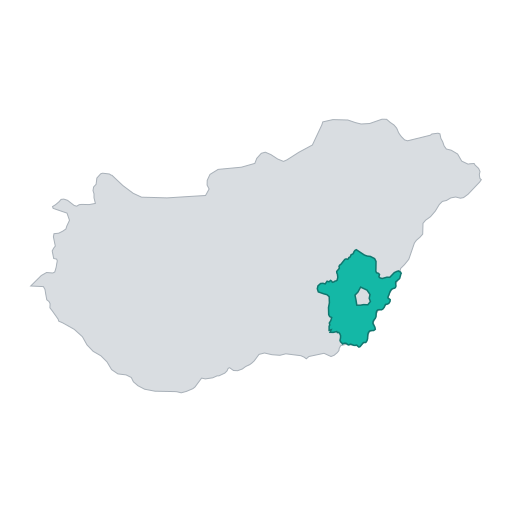 Békés highlighted on a map of Hungary
{"feature_id": "HUN-3171", "entity_name": "Békés", "entity_type": "County", "adm_level": 1, "iso_a3": "HUN", "parent_name": "Hungary", "parent_adm1": "", "projection": "mercator", "projection_center": [21.079, 46.734], "detail": "fine", "context": "in_parent", "style": "filled", "palette": "teal", "viewbox_px": 512, "rotation_deg": 0, "n_neighbors": 0, "source": "natural_earth", "source_scale": "10m", "svg_char_len": 4783}
<svg xmlns="http://www.w3.org/2000/svg" viewBox="0 0 512 512"><path d="M431.8,134.0L438.1,133.2L438.4,133.4L439.9,133.8L440.9,138.5L441.1,138.8L442.7,141.8L444.1,145.9L446.3,149.0L451.2,150.2L457.6,154.0L461.7,161.1L468.0,164.1L468.4,164.1L469.7,163.8L474.1,163.5L475.0,165.0L478.6,168.4L480.0,171.5L479.3,174.7L479.9,178.4L481.3,179.7L479.6,182.1L468.0,194.3L463.5,197.6L460.4,198.2L455.7,197.0L450.8,197.9L446.4,200.5L442.4,201.4L439.3,204.5L435.3,211.1L430.5,216.7L425.6,220.2L423.0,223.3L422.7,234.1L420.0,237.2L416.4,240.3L414.4,243.0L408.8,259.3L404.6,264.5L400.6,268.5L399.9,272.1L400.0,276.3L395.4,284.6L389.5,293.2L388.3,296.7L389.6,301.5L383.9,306.9L380.6,309.6L377.9,310.8L376.2,314.2L373.4,322.5L374.1,326.3L374.2,329.7L369.4,331.7L368.0,335.4L366.7,340.1L364.7,342.2L359.3,346.0L345.8,344.4L340.7,345.6L339.2,348.4L338.9,350.6L337.2,352.7L334.1,355.3L331.0,356.5L324.0,353.3L308.9,356.5L306.3,358.8L304.2,357.2L300.9,355.7L285.8,353.8L279.9,355.3L271.9,354.7L264.5,353.0L259.0,354.4L254.2,360.9L251.8,363.1L249.9,364.5L245.7,366.5L242.3,369.0L237.6,370.7L233.5,370.5L229.6,367.7L228.2,368.3L227.0,370.9L224.8,373.1L219.0,375.8L217.5,375.8L217.2,375.8L212.7,377.8L205.3,378.9L201.6,378.1L194.9,387.1L192.8,388.7L186.4,391.4L181.2,392.8L176.7,391.7L174.9,391.6L155.0,391.2L144.6,389.2L137.9,385.7L133.4,381.8L131.3,377.5L126.1,374.9L117.9,373.9L111.6,369.6L107.0,361.9L100.9,355.8L93.1,351.3L87.0,344.9L82.4,336.7L74.2,329.3L62.4,322.7L58.8,321.2L58.1,319.1L52.3,310.9L49.9,307.8L50.1,303.7L48.9,301.4L46.8,299.8L45.7,293.9L45.0,289.5L43.4,286.6L30.7,286.0L41.3,275.5L46.6,272.5L52.7,273.0L54.7,272.1L55.2,270.6L56.2,267.1L56.7,263.9L57.3,260.8L56.6,259.1L53.7,258.5L52.2,250.9L53.7,248.1L55.3,246.1L53.4,236.8L54.0,233.7L58.7,233.2L62.7,231.2L65.9,229.0L66.8,226.1L69.5,220.3L67.0,213.1L53.2,208.4L52.5,206.6L55.7,204.6L59.1,201.7L61.1,199.4L63.8,199.1L67.5,200.3L74.2,205.5L76.7,206.2L79.2,204.7L81.8,204.4L89.2,204.6L95.4,203.4L94.0,197.8L94.0,193.8L93.0,190.6L93.6,187.0L96.1,184.3L96.9,178.0L100.7,173.8L102.6,173.2L109.4,174.0L111.0,175.1L112.0,175.3L122.9,185.6L133.2,193.3L141.6,197.2L153.9,197.5L167.0,197.9L189.0,196.5L205.5,195.5L206.6,193.6L209.1,189.0L207.1,185.1L207.2,180.4L210.0,174.4L218.1,169.4L241.4,167.2L254.8,163.4L256.8,158.3L261.3,153.3L265.3,152.2L270.9,154.6L277.6,159.0L283.5,161.4L286.9,159.9L298.8,152.3L312.4,145.0L321.8,125.0L322.8,121.9L332.9,119.6L347.8,120.0L355.4,122.6L361.1,124.0L369.7,123.5L382.0,119.2L386.6,119.3L390.2,122.4L394.0,125.0L396.7,128.2L398.6,132.7L399.7,134.4L401.4,136.7L404.6,139.9L407.6,140.8L430.4,135.2L431.8,134.0Z" fill="#d9dde1" stroke="#a8b0b8" stroke-width="1"/><path d="M384.8,305.9L384.3,307.2L382.9,309.0L381.5,309.8L379.1,309.6L377.6,310.0L376.6,311.2L376.2,313.0L376.0,316.7L375.2,318.5L374.0,319.9L373.1,321.5L372.9,323.4L374.9,327.2L375.3,329.3L373.7,330.5L370.9,330.6L369.6,331.0L368.5,332.4L367.8,334.4L367.6,338.7L367.0,340.6L366.2,342.0L365.6,342.5L363.6,342.5L363.2,342.8L360.1,346.6L358.9,347.1L357.6,346.0L357.1,345.4L356.6,345.1L356.0,345.1L355.4,345.4L354.1,345.4L351.6,344.4L350.4,344.1L350.0,344.3L349.0,344.8L348.3,344.9L347.8,344.6L346.6,343.6L346.0,343.3L344.7,343.2L343.3,343.6L342.5,344.0L341.7,342.8L340.5,341.8L340.0,340.3L340.5,338.0L340.6,335.7L339.9,333.9L338.8,332.4L337.4,332.6L336.8,331.5L333.3,332.4L330.0,332.3L331.2,329.7L329.1,330.3L329.1,326.2L329.8,325.0L329.3,323.0L330.8,320.6L331.7,317.5L329.7,316.6L328.7,314.7L328.5,307.5L329.4,302.9L329.2,296.7L327.0,294.7L323.7,293.8L318.3,291.9L317.3,288.7L318.0,285.8L320.6,283.5L323.0,283.3L325.2,283.9L327.1,281.2L329.0,281.8L330.6,280.4L331.6,281.1L332.4,282.3L333.7,282.0L335.0,281.1L336.1,280.9L337.1,280.2L337.8,277.3L337.4,274.1L336.8,272.9L336.7,271.4L339.3,268.3L339.2,267.0L339.0,266.4L339.7,265.1L340.8,264.4L344.8,259.4L346.1,258.9L347.4,259.3L348.3,258.8L348.9,257.5L349.9,257.2L350.6,256.0L351.1,254.7L352.8,254.0L353.5,253.0L354.0,251.7L355.0,250.4L356.3,249.7L364.5,255.1L367.3,256.1L370.3,256.4L374.6,258.6L376.0,261.4L375.9,268.4L375.8,271.2L376.6,272.8L378.2,273.2L379.5,274.4L378.9,276.8L380.1,278.0L382.3,278.5L386.9,277.2L389.8,277.3L394.3,272.6L397.1,271.3L398.7,270.9L398.8,270.9L398.9,271.4L399.5,271.7L400.1,271.8L400.6,272.2L401.2,273.3L401.0,273.5L399.7,278.3L399.1,279.0L396.1,281.5L395.8,281.6L395.7,281.9L395.6,283.0L395.7,284.2L395.9,285.2L395.9,286.3L395.4,287.5L394.7,288.1L392.3,288.8L390.9,290.1L390.0,291.7L388.6,295.6L388.3,296.0L388.1,296.6L387.9,297.1L387.9,297.7L388.0,298.0L388.4,298.4L390.2,299.6L390.0,301.5L388.8,303.4L387.4,304.1L385.6,304.4L384.9,305.6L384.8,305.9ZM367.8,304.8L370.4,301.5L369.2,298.3L370.0,294.5L367.0,290.1L360.6,287.1L357.9,292.1L355.0,295.1L356.0,300.1L356.8,305.2L360.5,305.2L363.6,304.6L367.8,304.8Z" fill="#14b8a6" stroke="#0f766e" stroke-width="1.5"/></svg>